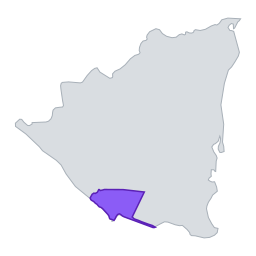 location of Rivas within Nicaragua
{"feature_id": "NIC-24", "entity_name": "Rivas", "entity_type": "Department", "adm_level": 1, "iso_a3": "NIC", "parent_name": "Nicaragua", "parent_adm1": "", "projection": "albers", "projection_center": [-85.754, 11.311], "detail": "fine", "context": "in_parent", "style": "filled", "palette": "violet", "viewbox_px": 256, "rotation_deg": 0, "n_neighbors": 0, "source": "natural_earth", "source_scale": "10m", "svg_char_len": 2943}
<svg xmlns="http://www.w3.org/2000/svg" viewBox="0 0 256 256"><path d="M240.6,18.8L239.3,20.7L237.8,21.9L234.6,28.1L233.5,28.7L233.3,24.1L231.4,23.5L229.2,25.2L228.0,27.5L229.9,30.5L231.6,30.6L233.7,31.4L239.4,52.3L238.3,56.1L234.9,61.9L231.6,66.9L228.4,70.1L224.4,83.3L220.9,104.9L223.7,124.2L222.5,142.1L223.7,146.3L224.1,151.5L221.3,152.5L219.8,152.4L218.2,149.1L218.4,146.3L220.0,142.9L220.6,138.4L219.8,136.1L218.2,141.2L215.4,143.6L213.6,144.4L211.8,147.0L213.8,151.9L216.2,155.4L217.1,158.0L216.2,161.1L215.7,171.5L214.8,171.2L213.9,169.8L211.3,169.7L211.0,174.0L211.3,176.3L209.1,178.1L208.3,180.0L210.1,181.2L212.1,182.0L214.6,181.8L216.6,187.0L217.3,191.2L212.6,195.1L211.0,198.3L208.4,202.2L206.9,206.1L206.5,208.8L208.4,217.5L211.7,223.7L214.4,227.6L218.0,228.4L217.2,232.6L214.5,235.2L209.6,237.4L204.1,237.9L195.2,235.8L191.5,235.6L190.1,234.5L189.6,232.5L187.1,229.5L182.4,225.4L179.7,225.7L175.3,224.8L167.9,222.1L164.5,221.8L159.7,224.2L154.1,227.3L140.4,222.5L130.9,219.1L122.3,216.0L120.0,214.8L118.1,215.1L116.5,216.7L114.6,219.5L114.0,220.4L113.0,221.1L111.9,221.4L111.9,220.0L107.7,214.3L101.0,207.5L75.4,186.5L66.1,174.0L61.1,165.0L56.3,160.3L42.5,150.7L39.4,146.8L25.8,133.9L15.5,126.4L15.4,123.2L19.7,119.2L21.7,119.4L24.0,122.3L27.7,125.5L29.4,125.6L32.0,124.1L32.1,122.6L46.0,122.0L48.5,121.2L51.0,118.8L52.3,115.6L52.6,112.4L53.1,110.1L55.4,107.9L59.4,107.3L62.6,107.0L63.5,105.5L62.6,100.7L60.9,89.0L60.6,85.7L61.2,83.3L62.4,82.4L68.6,81.9L80.3,82.9L82.5,82.1L87.2,75.5L91.6,70.6L94.7,68.4L97.1,67.8L99.9,72.1L109.8,78.3L111.4,77.9L112.4,77.6L112.7,76.7L112.6,73.8L115.0,71.2L120.1,68.9L125.2,64.8L130.4,58.8L134.9,55.4L138.6,54.3L140.1,52.7L139.2,50.5L139.5,47.4L141.0,43.4L143.1,41.0L146.0,40.4L147.2,39.1L146.6,37.2L147.1,35.1L149.7,31.7L155.9,28.7L159.5,29.7L162.4,33.6L166.6,36.3L172.0,37.7L176.2,37.2L179.2,34.7L181.9,33.9L184.3,34.9L185.5,34.3L185.6,32.2L186.9,31.8L189.2,32.9L191.3,33.1L193.1,32.6L193.8,31.6L194.1,30.5L195.5,29.7L200.2,30.5L205.4,29.3L211.2,26.0L215.0,24.6L216.9,25.0L219.2,23.4L221.8,19.8L227.8,18.1L240.6,18.8Z" fill="#d9dde1" stroke="#a8b0b8" stroke-width="1"/><path d="M137.5,221.8L135.7,221.1L128.9,218.6L123.8,216.7L122.2,215.8L120.7,214.5L119.3,213.8L117.6,214.5L116.2,216.4L115.3,218.4L114.0,220.4L111.5,219.3L110.5,219.2L109.8,218.8L109.4,217.9L108.9,216.0L108.0,214.6L102.6,208.6L102.2,208.3L102.0,208.1L101.2,207.6L101.0,207.4L99.3,206.9L98.5,206.1L96.8,204.1L95.5,203.4L93.7,201.5L91.5,200.3L90.8,199.6L90.6,199.2L90.2,197.8L91.7,195.1L92.0,194.5L92.1,194.3L93.9,193.1L95.1,193.4L95.5,193.4L95.6,193.2L97.0,192.5L97.2,192.4L97.8,191.5L98.6,189.8L98.7,189.6L98.9,189.5L99.0,189.5L99.3,189.6L99.5,189.7L99.7,189.9L100.2,190.5L100.5,190.5L102.7,190.0L104.3,189.5L123.0,189.6L144.3,192.0L132.2,217.0L134.3,218.9L138.8,220.5L141.3,221.6L148.1,224.1L152.4,225.5L155.3,227.2L154.1,227.6L152.9,227.5L144.8,224.5L137.5,221.8Z" fill="#8b5cf6" stroke="#5b21b6" stroke-width="1.5"/></svg>